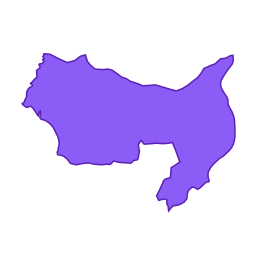 the district of Orang, Hamgyŏng-bukto, North Korea, rotated 184°
{"feature_id": "82179303B20024569416279", "entity_name": "Orang", "entity_type": "district", "adm_level": 2, "iso_a3": "PRK", "parent_name": "North Korea", "parent_adm1": "Hamgyŏng-bukto", "projection": "equal_earth", "projection_center": [129.358, 41.426], "detail": "fine", "context": "isolated", "style": "filled", "palette": "violet", "viewbox_px": 256, "rotation_deg": 184, "n_neighbors": 0, "source": "geoboundaries", "source_scale": "gbopen_adm2", "svg_char_len": 2328}
<svg xmlns="http://www.w3.org/2000/svg" viewBox="0 0 256 256"><g transform="rotate(184 128 128)"><path d="M52.2,194.9L56.4,192.7L58.1,189.1L59.8,186.4L62.3,182.8L65.6,180.1L71.5,174.7L76.5,171.1L82.3,168.4L87.3,169.3L99.7,172.0L103.8,172.9L109.6,172.0L116.2,171.1L121.2,172.9L128.6,174.7L133.6,177.3L137.7,178.2L141.8,180.9L147.6,184.5L151.7,185.4L157.5,184.5L165.0,184.5L169.9,188.1L173.2,191.7L175.6,198.0L180.6,196.2L185.6,191.7L193.1,189.0L200.5,191.7L211.2,196.2L217.1,196.2L217.0,195.0L218.0,193.4L216.6,191.3L217.9,190.3L216.4,188.7L218.2,186.3L220.2,185.9L220.9,185.7L221.2,184.8L219.7,182.5L223.2,178.9L222.4,172.4L225.1,169.6L226.8,167.1L228.4,165.9L228.2,165.2L226.7,164.7L226.3,163.7L227.2,162.4L229.0,161.6L230.8,159.0L231.6,156.7L231.4,152.2L231.4,151.8L233.0,148.4L232.9,147.0L235.3,145.1L234.9,144.2L231.3,141.7L229.6,141.5L227.6,142.8L226.5,142.8L224.4,141.4L218.5,133.9L217.5,138.1L216.7,138.8L216.2,137.1L216.7,132.8L216.3,131.6L215.3,130.7L211.4,129.9L207.5,127.8L204.4,125.2L202.6,123.3L197.5,114.6L196.0,110.6L195.5,106.7L196.2,102.7L196.0,101.1L197.0,99.0L196.3,96.5L191.0,95.8L186.9,93.1L182.8,88.6L177.0,87.7L170.4,89.5L164.6,90.4L158.9,89.5L151.4,89.5L146.5,90.4L143.2,90.4L140.7,93.1L139.9,94.0L134.1,93.1L128.3,93.1L125.0,93.1L122.6,93.1L120.1,95.9L116.8,96.8L115.9,97.7L115.0,105.8L116.6,112.1L114.1,116.6L110.8,113.0L104.2,113.9L98.5,114.8L91.9,114.8L86.1,115.7L82.8,116.7L79.5,110.3L77.1,104.9L75.5,101.3L73.9,97.7L79.7,93.2L82.2,91.4L82.2,88.7L82.2,85.1L82.3,81.5L87.2,79.6L88.9,77.8L89.7,75.1L91.4,70.6L93.1,66.1L94.8,62.5L92.4,58.0L86.6,59.8L84.1,58.9L84.1,55.3L82.5,52.6L81.7,48.1L79.2,51.7L77.6,53.5L73.4,54.4L71.0,55.3L66.8,58.0L64.3,61.6L64.3,66.1L63.4,69.7L60.1,73.4L57.6,73.4L54.3,71.6L51.8,73.4L50.2,75.2L47.7,77.9L46.0,79.7L44.3,79.7L43.3,80.8L44.7,84.7L45.0,88.8L44.6,90.6L43.7,92.1L43.2,93.7L40.7,97.4L34.4,104.2L30.7,106.8L25.7,112.3L24.4,114.0L23.2,115.9L21.8,119.2L21.0,122.9L20.7,127.2L20.9,128.8L21.3,135.1L22.3,143.0L23.2,146.6L25.6,151.8L28.1,155.5L29.9,158.9L30.3,162.9L30.9,164.6L32.0,166.5L33.5,168.2L37.4,173.8L38.6,177.1L38.7,179.2L38.5,181.3L37.9,183.1L35.4,188.1L33.4,191.6L28.6,198.9L28.0,200.7L27.8,202.8L28.2,206.8L28.4,207.9L31.3,207.1L35.5,204.4L40.5,203.5L42.2,201.7L45.5,198.1L49.7,196.3L52.2,194.9Z" fill="#8b5cf6" stroke="#5b21b6" stroke-width="1.5"/></g></svg>